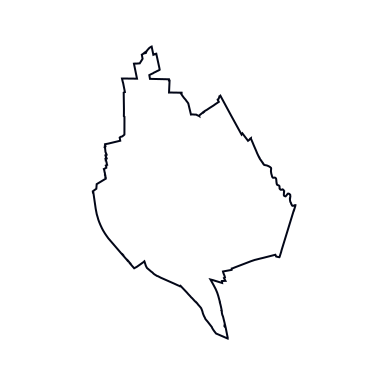 the district of Bodegraven-Reeuwijk, Zuid-Holland, Netherlands, rotated 77°
{"feature_id": "6326949B27886960256598", "entity_name": "Bodegraven-Reeuwijk", "entity_type": "district", "adm_level": 2, "iso_a3": "NLD", "parent_name": "Netherlands", "parent_adm1": "Zuid-Holland", "projection": "robinson", "projection_center": [4.773, 52.068], "detail": "fine", "context": "isolated", "style": "outline", "palette": "ink", "viewbox_px": 384, "rotation_deg": 77, "n_neighbors": 0, "source": "geoboundaries", "source_scale": "gbopen_adm2", "svg_char_len": 5520}
<svg xmlns="http://www.w3.org/2000/svg" viewBox="0 0 384 384"><g transform="rotate(77 192 192)"><path d="M342.8,190.2L342.2,190.0L338.2,189.9L332.3,189.7L329.7,189.7L330.2,190.5L329.9,190.6L328.3,189.9L327.4,189.7L320.3,189.8L318.6,190.1L316.8,190.1L315.1,189.9L314.8,189.7L314.1,190.0L313.9,189.7L311.1,189.6L308.4,189.6L305.5,189.7L305.4,189.5L305.1,189.5L304.1,189.6L299.0,189.8L295.7,190.1L291.8,190.8L287.6,191.9L281.4,193.7L282.8,191.0L283.3,190.2L287.4,183.1L285.5,182.9L286.0,179.9L286.1,179.4L284.1,179.9L283.0,180.2L282.6,179.1L280.6,179.2L279.1,179.5L278.1,179.6L276.8,179.7L276.4,179.7L276.8,170.9L276.1,170.6L275.5,170.5L275.5,169.6L275.1,167.2L272.7,150.1L272.6,149.1L272.3,146.1L272.3,145.0L272.2,140.1L272.2,138.3L271.9,124.9L273.8,124.5L274.5,123.1L275.1,121.8L275.2,121.6L275.1,121.4L274.8,121.2L270.4,118.6L269.0,117.9L264.7,115.4L249.5,106.6L232.9,97.0L232.6,96.8L232.7,96.7L229.4,94.8L228.5,94.3L228.1,94.2L228.0,94.9L228.3,95.0L228.2,95.3L228.3,95.6L228.2,96.2L228.2,96.5L228.1,97.1L227.9,97.4L227.8,97.5L227.3,97.7L226.8,97.7L225.9,98.0L225.7,98.1L225.3,98.0L224.6,98.1L223.9,98.4L223.6,98.4L222.7,98.4L221.7,98.3L220.8,98.2L220.2,97.8L219.8,97.7L219.7,97.8L219.3,97.6L219.1,97.4L218.6,97.2L217.2,97.0L216.9,97.1L216.7,97.0L215.7,97.6L215.3,98.4L215.2,98.5L215.2,98.8L215.4,98.8L215.5,99.3L215.7,99.7L216.9,101.2L217.3,101.8L217.2,102.1L216.9,102.5L216.7,102.9L216.4,103.0L215.9,103.2L215.5,103.2L213.5,102.6L213.4,102.5L212.5,102.2L212.5,102.3L212.2,102.2L211.6,102.1L210.4,102.5L210.0,102.9L210.1,103.0L209.9,103.9L209.9,104.8L209.6,105.2L209.3,105.3L208.9,105.7L208.4,105.9L208.0,105.7L207.3,105.7L206.4,105.5L205.9,105.5L205.2,105.9L204.4,107.1L203.8,107.6L203.0,107.5L202.7,107.6L202.2,107.6L201.6,107.5L201.5,107.4L201.2,107.4L200.4,107.4L199.7,107.2L198.1,107.1L197.7,107.1L197.4,107.3L197.0,107.6L196.6,108.0L196.5,108.4L196.5,108.9L196.5,109.0L196.3,109.8L196.2,109.9L196.2,110.0L195.7,110.3L194.6,110.5L193.7,110.5L192.1,110.6L191.6,110.6L189.4,110.4L187.9,109.9L186.9,109.6L186.3,109.6L185.8,109.9L185.4,110.2L184.2,111.4L183.1,112.9L182.7,113.7L182.0,115.3L181.7,115.7L181.3,115.9L180.7,116.0L179.7,116.4L179.8,116.5L178.4,117.0L178.2,117.1L178.3,117.1L177.7,117.3L177.2,117.4L177.2,117.5L176.2,117.9L175.0,118.4L174.6,118.5L174.4,118.4L173.7,118.6L173.8,118.7L173.1,118.9L169.0,119.8L166.5,120.2L160.0,121.4L158.1,121.7L153.7,122.5L153.1,122.6L152.8,122.5L153.1,123.3L153.7,124.0L154.3,124.9L154.3,125.1L154.7,125.9L146.2,129.7L147.2,130.8L126.3,136.7L104.5,142.7L105.0,143.6L105.0,143.8L105.3,143.9L105.7,144.1L107.3,145.2L107.7,146.2L108.0,146.2L110.2,145.6L111.4,148.7L111.6,149.4L112.0,150.2L112.6,151.7L114.0,155.7L115.4,159.4L115.7,160.6L116.4,162.3L116.5,162.6L116.8,162.5L116.9,162.9L117.1,163.2L116.9,163.3L118.6,166.9L119.4,167.9L119.7,167.9L119.3,168.3L118.8,169.0L118.3,169.7L117.8,170.2L117.5,170.6L117.1,172.2L116.5,174.1L116.3,175.6L104.8,175.7L102.9,176.5L101.9,177.0L100.8,177.4L98.2,178.8L97.4,179.1L96.3,179.6L93.8,180.5L93.3,180.8L93.3,180.6L93.1,180.5L93.3,179.9L92.9,179.8L89.9,192.0L78.4,188.8L78.2,189.4L77.0,189.1L73.1,204.4L72.3,207.5L68.5,207.3L67.9,205.0L67.6,203.4L67.2,202.4L66.6,199.8L66.3,198.7L66.2,198.4L66.2,198.0L66.1,197.7L65.8,196.4L65.6,196.0L63.9,195.9L49.2,195.7L49.2,196.8L49.5,196.8L49.5,197.6L49.5,198.3L49.6,198.8L41.2,198.6L41.3,199.2L42.0,201.1L43.5,203.3L43.9,203.8L45.0,204.9L46.2,205.7L46.2,206.6L45.4,206.5L46.3,208.4L46.8,209.5L46.9,210.0L51.1,210.2L54.9,214.0L54.4,217.1L54.2,218.1L54.1,218.3L54.0,218.8L53.9,219.7L69.2,220.1L65.9,233.7L65.7,234.7L69.0,234.7L70.4,234.6L79.5,234.9L79.5,235.4L79.6,235.6L79.7,235.9L79.8,236.2L95.6,239.6L100.3,240.7L102.6,241.3L102.7,241.2L103.1,241.2L103.5,240.9L108.3,242.0L120.7,244.9L120.9,245.0L121.4,245.9L122.1,247.4L122.2,247.9L122.2,249.1L122.7,250.2L125.9,250.4L126.0,262.2L126.0,262.9L125.9,265.0L125.9,265.5L125.9,266.0L127.1,266.1L127.7,266.0L127.8,266.7L128.2,266.8L128.7,266.5L129.3,266.3L129.2,266.4L129.3,266.9L129.5,266.8L131.1,267.0L132.8,267.2L133.5,267.3L135.8,266.9L135.8,267.0L136.6,266.9L136.8,268.1L137.6,268.0L138.7,268.1L138.6,267.8L140.2,267.6L140.4,268.9L141.2,268.7L141.5,268.8L141.5,268.7L144.4,268.6L145.5,268.7L146.5,268.6L146.8,270.0L148.1,269.8L148.8,270.1L149.1,270.1L149.8,272.7L150.5,272.6L153.2,272.7L153.8,272.6L155.2,272.8L156.0,272.7L156.1,273.0L158.2,272.8L158.3,273.1L159.2,273.0L159.6,273.0L162.9,283.1L167.3,284.5L169.0,288.5L169.9,288.6L169.8,288.2L186.6,289.6L189.3,289.7L192.2,289.8L195.5,289.6L197.8,289.5L200.3,289.2L203.3,288.7L207.1,287.9L209.7,287.2L213.0,286.1L215.3,285.2L218.2,284.0L221.1,282.5L236.9,274.2L236.8,273.9L237.9,273.3L238.0,273.6L243.8,270.5L243.7,270.3L244.2,270.0L244.3,270.3L244.9,270.0L244.8,269.7L245.2,269.5L246.2,269.0L247.6,268.2L247.7,268.5L253.3,265.5L252.5,262.6L249.3,254.8L249.0,254.4L248.8,254.0L249.6,253.9L253.3,253.6L254.7,253.3L256.0,252.9L258.8,250.8L260.2,249.8L261.7,248.5L262.0,248.4L262.5,248.1L263.6,247.3L266.0,244.9L266.4,244.1L268.4,241.8L277.1,230.2L279.8,226.7L280.8,225.3L280.8,225.1L281.0,225.1L281.2,224.9L281.3,224.8L281.3,224.5L281.0,224.2L288.8,219.6L290.7,218.6L292.9,217.3L294.6,216.4L295.4,215.8L298.8,213.9L300.5,212.8L300.4,212.7L302.1,211.7L302.3,211.7L302.6,211.7L304.1,210.8L305.3,210.2L306.2,209.7L307.3,209.2L308.6,209.0L309.9,208.8L311.3,208.7L312.6,208.7L314.6,208.4L315.7,208.2L317.5,207.7L318.5,207.6L318.9,207.4L320.0,206.9L321.7,206.0L328.0,203.1L328.3,203.0L329.2,202.9L331.0,202.3L332.7,201.6L335.3,200.4L342.8,190.2Z" fill="none" stroke="#020617" stroke-width="2"/></g></svg>